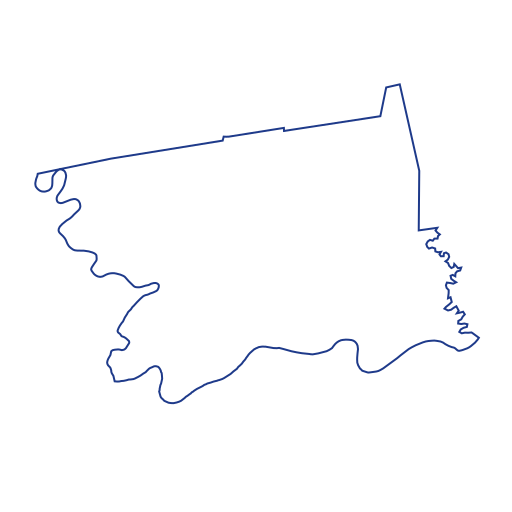 Iguazú, Misiones, Argentina, rotated 258°
{"feature_id": "61730980B21961764082426", "entity_name": "Iguazú", "entity_type": "district", "adm_level": 2, "iso_a3": "ARG", "parent_name": "Argentina", "parent_adm1": "Misiones", "projection": "natural_earth1", "projection_center": [-54.463, -25.856], "detail": "fine", "context": "isolated", "style": "outline", "palette": "blue", "viewbox_px": 512, "rotation_deg": 258, "n_neighbors": 0, "source": "geoboundaries", "source_scale": "gbopen_adm2", "svg_char_len": 6018}
<svg xmlns="http://www.w3.org/2000/svg" viewBox="0 0 512 512"><g transform="rotate(258 256 256)"><path d="M394.0,432.3L393.8,418.4L366.9,406.7L372.5,309.4L375.5,309.9L378.4,254.1L378.9,251.5L379.5,249.2L375.8,247.4L381.4,134.3L381.7,82.9L381.9,82.5L381.7,81.1L381.8,59.6L379.5,58.6L377.9,57.5L376.5,56.7L373.2,55.3L372.2,55.1L370.5,55.0L369.6,55.1L368.2,55.7L367.1,56.3L366.0,57.1L365.0,58.0L364.6,58.5L363.8,59.7L363.4,60.8L362.9,62.7L362.9,64.0L363.1,66.0L363.4,67.3L364.7,69.5L365.3,70.1L366.4,70.8L367.4,71.3L369.4,71.9L374.6,73.1L375.6,73.5L376.7,74.2L377.3,74.8L379.6,77.6L380.5,78.9L381.1,80.3L381.4,81.2L381.5,81.7L381.4,82.5L381.3,83.3L380.8,84.2L379.4,85.9L378.4,86.5L377.1,86.9L375.1,87.0L374.3,87.0L372.7,86.6L371.0,85.9L365.4,83.2L364.5,82.6L362.1,80.7L359.9,78.4L356.9,75.0L356.1,74.2L354.6,73.3L353.4,72.9L352.5,72.8L351.5,72.8L350.4,73.1L349.6,73.6L349.0,74.4L348.3,76.0L348.2,77.3L348.2,78.1L349.6,86.5L349.6,88.4L349.6,89.3L349.4,90.6L349.0,91.6L348.5,92.3L347.2,93.6L346.3,94.1L344.9,94.5L343.8,94.7L342.0,94.6L341.1,94.5L340.3,94.2L339.6,93.8L338.4,92.9L337.5,91.7L334.5,86.7L333.0,84.6L332.1,83.1L331.3,81.5L330.1,78.1L327.6,73.2L325.5,70.2L323.7,68.8L323.3,68.6L321.9,68.2L321.4,68.2L320.2,68.4L319.0,69.0L315.5,71.4L313.0,72.7L311.2,73.3L307.4,74.0L305.3,74.7L304.2,75.2L302.5,76.4L300.6,78.1L299.8,79.1L299.3,79.9L299.0,80.7L298.4,82.5L297.0,88.7L295.3,93.3L293.5,96.7L292.5,98.1L291.8,98.9L290.7,99.7L290.3,99.9L289.5,100.0L286.6,99.6L285.2,99.2L284.5,98.7L281.8,95.8L279.1,93.1L278.3,92.5L277.3,92.0L276.5,92.0L275.6,92.2L272.5,93.6L271.4,94.3L270.1,95.5L269.5,96.2L268.8,97.2L268.3,98.4L268.0,99.2L267.9,100.5L267.9,101.8L269.0,105.8L269.3,108.1L269.3,109.9L269.1,111.6L268.7,113.6L267.9,115.6L266.0,119.4L264.2,122.0L263.2,123.1L262.3,123.7L257.9,126.2L251.9,130.2L251.1,131.0L250.5,132.1L250.3,132.7L249.8,134.6L249.6,135.9L249.6,138.0L250.0,141.8L249.9,144.5L250.1,145.8L250.6,147.2L250.7,148.1L250.8,150.2L250.6,151.7L250.4,152.4L249.7,153.6L248.7,154.5L248.0,154.8L247.1,154.8L246.5,154.6L245.6,154.3L244.3,153.5L243.2,152.5L242.9,152.1L242.4,150.9L241.7,147.8L241.5,146.1L241.3,144.4L241.1,143.9L240.8,142.4L240.7,141.6L240.7,140.0L240.5,138.6L240.0,137.1L238.2,134.0L235.5,129.9L232.6,125.9L231.9,124.7L231.3,124.0L229.8,122.5L228.0,119.6L227.6,119.1L226.0,117.8L223.1,114.9L219.6,112.3L218.4,110.7L216.2,108.4L214.1,106.6L212.1,105.3L211.4,105.0L210.3,105.1L209.8,105.3L208.0,106.8L207.4,107.1L206.3,107.5L205.6,107.8L205.2,108.3L204.4,109.7L203.5,110.8L202.3,111.9L200.0,113.5L199.1,114.1L198.6,114.1L197.6,114.0L197.0,113.6L192.8,109.5L192.1,108.2L191.8,107.2L191.8,106.3L191.8,105.2L192.8,103.2L193.0,102.6L193.3,101.7L193.7,98.3L193.7,96.4L193.2,95.0L192.7,94.5L192.3,94.3L189.4,93.0L186.3,90.2L184.7,89.1L183.0,88.3L181.9,88.2L181.3,88.2L179.8,88.6L177.4,90.1L176.5,90.4L174.2,90.6L172.7,90.4L171.2,90.6L168.4,91.6L162.8,91.7L162.0,94.3L161.7,96.2L161.7,98.3L161.4,100.6L161.4,103.5L161.6,105.9L161.3,107.7L161.1,110.6L161.4,112.5L161.8,113.8L162.1,115.1L163.0,118.0L163.5,119.2L164.4,121.2L165.3,123.9L166.3,125.3L167.9,127.8L168.3,128.7L168.5,129.5L168.9,131.7L169.1,132.4L169.3,133.5L169.1,134.8L168.8,135.7L167.9,137.3L166.8,138.0L165.3,138.6L163.8,139.0L162.3,139.0L161.1,139.4L158.3,139.1L155.5,138.7L154.6,138.3L150.9,136.6L149.7,135.7L146.3,134.2L144.8,133.8L143.6,133.1L138.4,133.4L137.4,133.7L136.3,134.3L135.1,135.2L133.4,136.2L130.7,139.9L129.8,142.3L129.2,144.7L129.2,147.9L129.5,150.6L130.0,152.7L130.7,154.1L131.9,156.6L132.9,158.2L133.5,159.9L134.8,162.7L135.1,163.6L136.0,164.8L136.4,166.2L137.1,167.5L138.3,170.7L139.4,175.0L139.9,176.8L140.7,178.6L141.0,180.7L141.4,181.8L141.6,185.4L142.0,188.4L142.1,192.1L142.3,193.1L142.3,194.2L142.7,197.4L143.2,199.3L145.2,204.7L145.9,206.6L146.8,208.2L147.8,209.9L149.7,214.0L150.7,215.0L151.4,215.9L152.0,217.1L153.6,219.7L155.5,221.8L156.4,223.1L157.4,224.3L158.3,225.1L160.2,227.3L161.1,228.2L162.6,230.3L163.0,231.1L163.6,232.1L164.1,233.0L165.2,235.0L165.4,236.0L165.7,236.8L165.9,238.0L166.2,239.3L166.3,240.0L166.1,243.3L165.3,246.5L162.3,254.0L161.5,257.2L161.3,259.5L159.4,263.3L155.4,271.0L153.3,275.8L151.4,280.6L149.0,288.0L148.5,289.2L148.0,291.1L147.8,296.6L148.2,305.3L149.0,308.4L150.1,311.2L151.8,313.1L153.5,315.2L154.6,317.1L155.4,319.1L155.9,321.5L155.9,323.2L155.5,326.6L154.8,329.3L153.9,332.0L152.9,333.7L151.7,334.9L150.6,335.6L149.1,336.3L147.1,336.7L143.7,336.4L139.8,335.1L135.8,333.9L133.7,333.4L130.6,332.9L127.9,333.2L126.0,333.8L124.4,334.3L123.2,335.2L121.7,336.1L119.1,340.6L118.7,341.5L118.5,342.6L118.1,348.1L118.0,349.7L118.1,351.8L118.6,353.9L119.6,357.0L126.7,372.8L128.8,376.8L133.2,386.0L134.3,389.3L135.5,393.7L136.8,401.1L137.1,404.3L137.0,406.9L136.6,410.3L136.2,412.9L135.4,415.2L134.0,418.7L132.4,421.0L130.4,422.9L128.1,425.6L126.2,428.5L125.6,429.8L125.0,430.9L124.4,431.5L121.8,433.5L121.3,434.2L121.0,435.1L121.0,437.1L121.1,438.6L121.8,443.5L122.4,445.6L123.2,447.5L125.7,452.2L128.2,455.5L129.7,457.0L135.4,451.9L136.4,450.9L136.8,447.6L137.6,444.4L137.6,441.2L139.5,439.1L141.6,441.0L142.6,444.1L142.8,447.5L145.3,448.6L146.6,445.8L146.8,442.6L147.9,439.7L150.4,440.4L151.4,443.6L153.7,445.6L155.5,448.1L158.4,447.0L158.2,443.8L158.2,440.6L160.4,442.9L165.2,441.5L164.2,438.5L162.9,435.7L162.8,432.5L165.3,429.4L166.6,431.1L168.6,435.1L170.3,437.9L175.2,437.7L174.7,435.0L179.6,436.7L182.6,437.4L185.2,435.8L187.9,435.7L190.3,437.2L189.2,440.3L187.9,443.2L188.7,446.3L190.7,444.2L193.1,442.2L196.2,442.2L196.6,444.5L194.7,446.7L197.6,447.5L199.2,449.5L199.4,452.7L202.0,454.3L202.1,451.1L207.0,448.3L204.2,447.1L203.6,444.6L206.2,442.9L209.2,442.4L211.4,440.2L212.6,442.9L215.0,444.8L217.7,444.7L219.9,442.6L219.6,440.4L216.8,439.5L217.3,436.8L219.4,435.8L221.6,437.8L221.8,434.8L223.2,432.4L226.1,432.8L227.7,430.0L227.3,426.7L229.3,425.4L232.2,425.0L234.5,427.0L235.6,429.5L234.2,432.1L235.9,434.1L235.3,437.2L237.7,438.2L238.9,440.3L241.1,438.3L243.6,436.9L245.9,439.2L247.2,420.5L305.4,433.4L394.0,432.3Z" fill="none" stroke="#1e3a8a" stroke-width="2"/></g></svg>